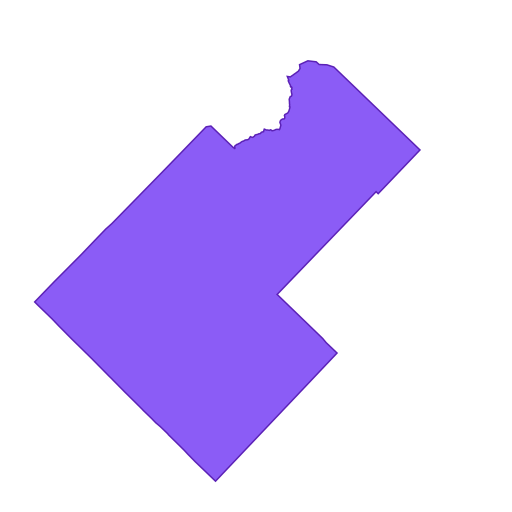 outline of Klamath, Oregon, United States of America, rotated 44°
{"feature_id": "52423323B65304648918135", "entity_name": "Klamath", "entity_type": "district", "adm_level": 2, "iso_a3": "USA", "parent_name": "United States of America", "parent_adm1": "Oregon", "projection": "equal_earth", "projection_center": [-121.946, 42.805], "detail": "fine", "context": "isolated", "style": "filled", "palette": "violet", "viewbox_px": 512, "rotation_deg": 44, "n_neighbors": 0, "source": "geoboundaries", "source_scale": "gbopen_adm2", "svg_char_len": 2428}
<svg xmlns="http://www.w3.org/2000/svg" viewBox="0 0 512 512"><g transform="rotate(44 256 256)"><path d="M300.3,65.8L180.7,66.0L174.2,69.2L168.4,74.4L164.4,74.5L157.7,79.6L154.4,88.1L157.4,90.5L158.1,93.6L156.3,103.3L153.8,105.1L157.5,106.8L157.5,107.1L157.4,107.4L157.9,107.8L158.5,108.0L160.2,108.7L162.1,109.3L162.9,109.8L162.9,110.0L163.2,110.2L163.6,110.3L164.1,109.7L164.8,109.9L165.2,110.5L166.0,111.1L165.9,111.7L166.4,112.6L168.0,113.8L168.8,114.3L169.5,114.7L170.1,115.6L170.4,116.1L170.4,116.7L169.9,117.5L170.5,119.0L171.0,120.2L171.5,120.6L173.0,121.9L174.1,123.0L175.1,123.8L175.6,124.4L176.3,125.3L176.6,125.1L177.3,125.7L178.5,128.0L179.0,129.0L179.3,130.1L179.5,131.2L178.9,132.9L178.5,134.2L178.9,135.3L180.1,135.9L180.9,136.9L181.1,137.6L180.7,138.2L180.0,138.9L179.6,140.1L179.5,141.2L179.7,142.1L180.4,143.3L183.0,144.6L184.0,146.4L184.7,147.7L185.1,148.8L184.2,149.3L183.0,150.4L182.4,151.2L182.1,152.1L181.7,153.2L181.1,154.0L180.8,154.5L180.2,154.9L179.7,154.8L178.8,155.1L178.5,155.8L178.4,156.3L177.9,156.6L176.8,157.3L176.2,158.0L175.1,158.5L174.6,158.7L174.2,158.7L173.8,159.0L174.0,159.4L174.7,160.7L175.1,161.3L174.6,162.0L174.4,162.4L173.9,163.2L173.9,163.7L174.0,163.9L174.0,164.2L174.1,164.5L174.0,165.1L173.2,165.9L172.9,166.9L172.3,168.0L171.7,168.8L171.4,169.6L171.3,170.0L171.7,170.8L171.6,171.3L171.4,172.1L171.3,172.9L170.9,173.2L170.2,173.6L169.7,173.8L169.2,174.0L169.3,174.2L169.1,174.7L169.2,175.0L169.3,175.3L169.4,175.6L169.6,176.7L169.5,177.5L169.0,178.5L168.0,179.6L167.5,180.4L167.5,180.9L167.3,181.5L167.2,182.1L166.6,182.9L166.2,184.3L166.1,185.7L165.6,186.9L165.3,187.6L165.3,188.4L164.7,189.0L164.6,190.1L164.3,191.1L164.8,192.4L165.7,192.8L166.2,193.3L166.7,193.3L164.1,193.8L151.0,193.8L143.7,193.8L137.5,193.8L133.3,193.8L130.4,197.7L130.4,201.9L130.4,208.1L130.4,210.4L130.3,257.8L129.8,332.9L129.2,340.9L129.2,351.5L129.3,376.6L128.7,414.7L128.7,442.8L133.9,442.9L151.9,442.9L152.1,442.9L152.7,442.9L153.0,442.9L162.6,443.3L181.0,443.7L208.7,443.9L233.7,444.5L234.3,444.5L237.2,444.5L239.7,444.6L256.7,445.0L267.7,445.1L280.8,445.3L282.2,445.4L283.1,445.4L293.7,445.4L296.6,445.5L300.1,445.6L301.0,445.5L305.6,445.2L316.3,445.2L316.9,445.4L338.8,445.6L344.5,445.9L355.3,446.2L383.3,446.1L382.6,365.2L382.6,364.8L382.3,330.8L381.7,269.5L366.5,269.6L361.3,269.0L297.9,269.0L297.7,126.3L300.6,126.3L300.3,65.8Z" fill="#8b5cf6" stroke="#5b21b6" stroke-width="1.5"/></g></svg>